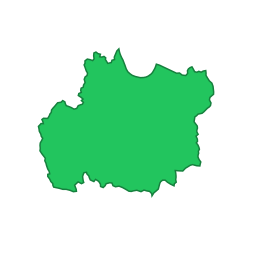 outline of Salesópolis, São Paulo, Brazil, rotated 116°
{"feature_id": "56859067B19301542712109", "entity_name": "Salesópolis", "entity_type": "district", "adm_level": 2, "iso_a3": "BRA", "parent_name": "Brazil", "parent_adm1": "São Paulo", "projection": "equal_earth", "projection_center": [-45.846, -23.578], "detail": "fine", "context": "isolated", "style": "filled", "palette": "green", "viewbox_px": 256, "rotation_deg": 116, "n_neighbors": 0, "source": "geoboundaries", "source_scale": "gbopen_adm2", "svg_char_len": 3040}
<svg xmlns="http://www.w3.org/2000/svg" viewBox="0 0 256 256"><g transform="rotate(116 128 128)"><path d="M156.3,208.2L158.1,209.1L159.6,207.3L161.2,206.0L162.1,208.1L164.0,208.6L165.8,209.2L167.8,207.6L169.8,206.3L171.7,203.7L173.5,202.3L174.6,200.2L177.1,200.1L179.9,200.3L182.1,199.5L184.8,197.9L187.1,197.1L188.8,194.3L190.0,191.9L191.4,189.1L193.9,188.4L195.6,186.3L197.3,184.9L200.0,182.2L201.6,179.8L203.5,178.3L204.8,179.8L206.7,178.9L208.2,176.0L210.0,173.8L210.9,171.3L212.5,170.3L213.7,168.9L213.2,166.8L212.4,163.7L211.7,159.8L210.2,156.6L209.4,152.8L209.2,149.2L207.5,146.6L205.8,147.7L202.8,150.9L198.3,149.2L198.4,145.4L196.4,143.9L195.0,145.2L191.6,147.5L189.8,147.8L187.5,148.0L186.0,145.9L187.4,144.6L188.2,142.3L189.7,140.9L191.2,139.1L191.1,135.2L188.4,134.6L188.8,131.0L190.4,128.3L192.6,127.0L192.4,124.2L190.0,123.3L187.6,123.2L185.2,120.4L184.5,118.3L186.4,116.2L186.3,113.5L184.2,110.6L183.9,106.9L184.1,103.2L184.4,99.5L183.6,97.3L182.2,95.7L180.1,92.8L179.5,88.4L176.8,86.4L176.3,83.5L175.5,80.8L176.6,77.9L178.4,76.7L174.9,76.3L172.5,75.2L169.6,74.0L166.2,74.7L163.6,75.2L161.8,75.1L159.7,74.0L158.6,71.7L159.4,68.9L159.8,65.2L159.8,61.3L157.7,61.9L155.6,60.9L153.5,62.5L151.1,63.3L149.6,64.1L147.5,65.4L145.5,66.9L144.1,63.3L142.6,59.9L138.9,58.7L136.1,56.9L134.2,55.7L132.6,53.9L131.8,49.7L130.6,46.8L128.7,47.3L126.6,47.7L125.2,50.3L123.4,52.4L121.5,53.2L119.8,53.4L118.0,54.6L115.8,54.5L114.3,55.8L112.7,57.6L111.4,60.1L109.5,59.7L107.6,60.8L105.5,63.3L102.9,62.2L101.5,64.3L99.8,65.2L97.7,65.5L95.9,66.6L94.8,68.7L93.4,71.4L90.9,72.1L88.7,72.8L87.0,71.8L84.8,71.1L82.3,67.9L80.2,66.9L78.1,66.2L75.4,65.3L73.5,64.2L71.7,63.7L69.1,64.4L67.1,67.1L64.7,67.8L62.6,67.0L60.2,65.9L58.1,66.8L55.7,68.3L53.2,69.9L50.9,72.3L50.0,75.5L48.2,78.5L46.5,81.0L44.5,81.9L42.3,83.3L43.9,85.4L45.8,86.7L46.0,89.2L47.7,90.5L48.2,92.8L46.4,95.2L45.0,97.3L46.4,98.6L48.4,99.6L50.4,99.7L52.8,98.3L55.5,99.1L56.7,102.5L56.0,105.8L57.5,108.4L57.7,124.1L57.7,127.1L58.2,130.5L60.1,130.2L62.6,130.0L64.4,130.1L67.4,130.3L69.4,130.9L72.4,132.5L74.3,134.1L75.8,136.1L77.4,139.1L78.5,143.9L78.8,147.2L78.4,149.9L77.5,152.9L75.7,155.5L74.4,156.8L73.1,158.1L69.0,162.5L67.8,164.2L66.1,166.3L64.4,168.1L62.9,169.4L60.9,170.9L63.6,171.8L66.9,171.6L70.3,171.4L72.4,170.1L74.1,172.1L76.5,171.7L78.8,174.5L77.6,176.3L76.4,178.3L74.7,178.8L74.2,181.0L75.7,182.5L76.4,184.7L73.8,185.1L74.3,187.5L73.8,190.1L75.5,191.5L78.2,190.5L80.7,188.8L82.9,189.3L83.2,192.1L83.9,194.8L86.5,196.1L88.7,195.0L90.5,195.1L92.4,193.1L95.1,190.4L96.3,188.5L98.8,187.8L100.8,188.9L103.4,188.7L105.9,186.5L108.9,186.8L110.9,186.1L112.8,187.6L114.9,187.0L116.5,185.6L118.6,187.3L120.6,186.9L121.0,183.7L121.7,181.1L123.8,181.9L124.5,179.3L126.6,179.4L128.1,181.0L129.7,182.5L132.9,182.7L134.7,184.8L134.5,188.2L134.7,190.9L135.0,193.3L133.6,195.0L132.2,196.2L132.0,198.7L134.1,199.4L136.2,202.3L138.5,202.9L140.6,203.4L143.3,204.2L145.4,204.6L147.7,203.8L149.5,204.3L151.7,204.1L154.6,204.4L156.3,208.2Z" fill="#22c55e" stroke="#15803d" stroke-width="1.5"/></g></svg>